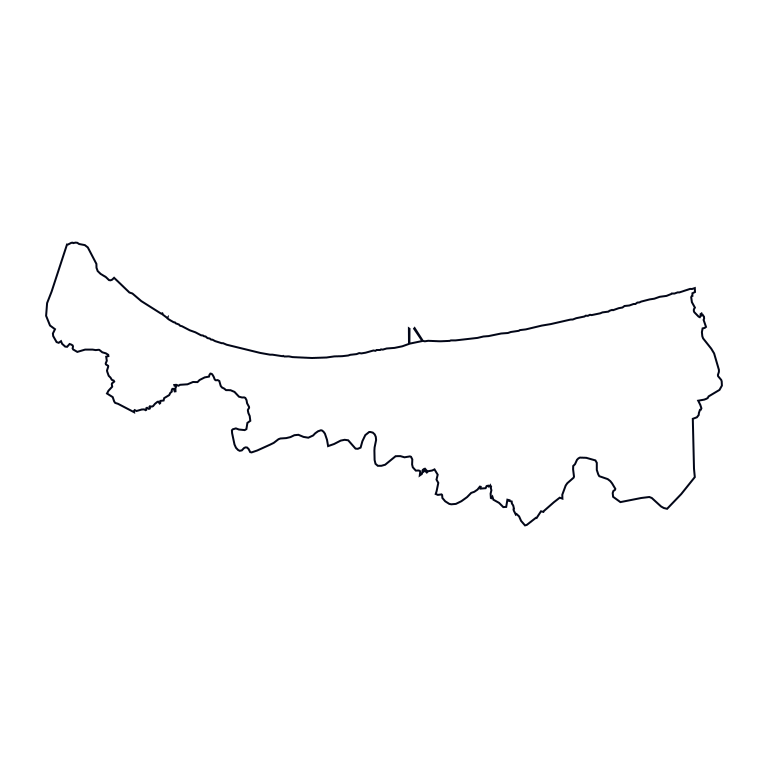 Coatzacoalcos, Veracruz, Mexico (Robinson projection)
{"feature_id": "50627088B21782109949998", "entity_name": "Coatzacoalcos", "entity_type": "district", "adm_level": 2, "iso_a3": "MEX", "parent_name": "Mexico", "parent_adm1": "Veracruz", "projection": "robinson", "projection_center": [-94.427, 18.137], "detail": "fine", "context": "isolated", "style": "outline", "palette": "ink", "viewbox_px": 768, "rotation_deg": 0, "n_neighbors": 0, "source": "geoboundaries", "source_scale": "gbopen_adm2", "svg_char_len": 6089}
<svg xmlns="http://www.w3.org/2000/svg" viewBox="0 0 768 768"><path d="M114.1,277.8L112.1,279.7L110.6,280.3L109.0,280.1L105.9,277.1L100.6,273.9L97.7,271.1L96.5,267.8L96.4,263.9L87.8,247.4L84.8,245.1L79.1,244.0L77.3,242.8L75.6,242.6L73.2,243.1L72.7,242.7L71.4,242.8L67.8,244.6L67.0,244.5L51.6,291.6L47.1,303.1L46.1,315.8L50.0,325.5L55.0,329.2L52.9,333.5L53.2,336.1L56.6,342.1L58.7,342.8L61.0,341.2L62.1,343.8L65.2,346.6L67.1,346.8L69.6,344.0L71.3,344.6L72.7,345.5L73.0,346.7L72.6,348.4L73.2,349.5L77.3,351.9L85.1,349.6L92.6,349.6L95.7,350.1L98.5,349.8L99.3,349.9L102.3,352.3L105.8,353.3L108.2,354.8L108.4,356.1L106.2,356.7L106.8,360.8L105.7,363.3L105.9,364.4L108.1,365.8L108.2,366.7L107.0,370.5L107.2,371.6L108.7,375.8L110.5,377.6L111.8,379.8L113.7,380.6L114.2,381.6L112.0,383.4L111.8,384.3L112.2,386.7L108.5,390.7L107.0,393.5L112.7,397.1L114.2,401.5L115.2,402.9L118.0,403.8L134.1,412.2L134.0,410.9L134.7,410.1L136.5,411.0L141.8,409.5L144.1,409.4L145.7,410.2L146.2,409.9L146.3,408.2L147.0,407.8L148.6,408.8L149.6,408.7L150.0,408.0L149.5,406.7L149.8,406.3L151.9,406.6L153.1,406.1L155.0,403.8L157.5,401.8L158.3,401.7L159.7,403.5L160.2,403.1L160.4,400.9L163.6,400.5L164.2,398.1L169.2,395.1L170.3,392.9L171.8,391.6L171.7,390.2L172.4,388.9L173.8,388.9L174.7,391.4L175.5,391.3L175.4,388.4L176.2,386.4L174.5,385.7L174.3,385.0L176.2,384.8L178.6,385.7L180.0,384.8L187.5,384.3L193.0,382.0L197.5,382.1L199.6,380.0L204.7,377.4L209.0,376.6L209.5,374.8L210.4,373.6L211.4,373.8L212.2,374.3L213.6,376.6L214.8,379.6L215.9,380.3L217.7,380.1L219.3,381.0L220.7,385.9L222.0,387.5L224.2,388.6L226.0,390.1L230.5,390.2L234.5,391.9L239.0,396.7L242.1,397.5L244.1,397.4L245.3,397.9L246.5,400.1L247.1,403.3L249.0,406.8L249.1,407.8L247.9,409.9L247.9,410.7L248.4,413.1L249.7,416.0L250.3,420.8L247.4,422.9L246.4,429.1L244.7,430.1L238.9,429.5L235.9,428.4L232.8,429.3L231.9,430.3L232.1,433.2L234.5,444.5L236.0,447.8L238.1,450.0L239.7,450.8L241.8,450.4L244.0,448.1L245.4,447.4L247.0,447.5L248.6,449.0L250.2,452.1L251.6,452.4L257.2,450.5L270.0,444.7L273.7,442.9L278.5,439.2L280.4,438.5L286.2,438.1L290.4,437.1L294.4,435.2L298.4,434.8L303.5,436.9L308.3,437.7L313.1,435.5L315.2,433.3L318.0,431.3L320.8,430.3L321.8,430.4L323.4,431.6L324.9,433.6L327.0,439.8L328.1,446.1L334.1,444.0L340.7,440.6L344.7,439.8L348.2,440.3L355.5,448.6L357.8,448.8L360.6,447.6L362.4,441.2L365.3,435.1L369.2,432.0L370.4,432.0L372.8,432.6L374.7,434.4L375.8,436.9L376.1,440.0L374.6,447.4L374.4,450.5L374.6,460.0L375.5,463.8L377.8,465.8L381.4,465.8L385.2,464.7L395.6,456.2L400.3,456.1L404.5,457.3L409.9,456.4L411.0,456.8L412.3,459.4L412.1,464.5L412.8,467.3L415.8,470.6L418.8,470.5L420.3,471.3L419.8,475.4L421.8,474.0L422.4,472.4L423.1,472.0L422.6,470.7L422.8,469.9L424.2,468.9L425.0,468.7L425.6,469.4L424.6,471.0L425.3,471.3L426.2,470.3L427.0,470.8L426.0,471.7L426.8,472.5L428.2,471.2L432.2,470.5L434.5,469.4L437.7,474.7L436.5,479.6L438.3,482.9L436.6,491.2L435.7,494.0L437.9,494.9L441.5,494.4L442.1,495.0L442.4,498.0L445.2,501.3L449.3,503.9L451.3,504.3L455.9,503.9L461.4,501.2L467.1,497.1L471.2,492.9L474.3,491.8L477.5,489.6L479.9,486.6L480.7,486.8L480.6,488.6L485.6,488.2L486.6,486.1L487.3,485.8L488.4,486.4L488.7,485.7L489.5,485.8L490.2,486.7L490.5,485.7L491.1,486.7L490.8,487.9L491.4,490.2L490.6,493.7L490.9,498.0L491.3,498.2L492.4,496.7L493.4,499.7L499.1,502.9L503.3,507.1L506.2,506.9L507.4,499.7L509.4,500.2L509.2,500.9L511.7,501.5L511.9,503.5L513.2,505.5L514.0,508.8L513.5,509.2L513.8,510.6L515.8,514.6L516.5,514.0L519.1,516.4L521.1,520.9L525.0,525.4L526.8,524.9L535.9,517.8L536.6,518.0L541.0,511.3L543.4,511.9L543.9,511.0L553.8,502.3L559.7,497.7L562.4,498.6L562.3,494.7L565.7,485.5L567.3,483.2L573.6,477.7L574.0,476.6L573.1,469.4L573.2,466.0L575.0,464.2L577.0,459.8L578.4,458.4L579.9,457.6L586.2,457.8L595.4,460.4L596.8,462.8L596.8,470.0L598.3,474.5L599.3,476.2L607.7,479.1L610.3,481.1L612.1,483.4L615.3,488.8L615.1,489.7L613.3,491.1L612.7,493.1L613.1,496.8L620.4,502.1L641.2,498.0L649.3,497.0L651.8,498.0L661.1,506.5L663.8,508.0L667.1,508.8L681.2,494.1L694.8,477.1L694.0,468.7L692.8,418.8L696.9,417.3L698.7,415.0L698.9,413.0L700.0,409.8L700.8,409.7L701.4,408.3L700.3,404.9L698.2,400.7L704.3,399.6L706.6,398.7L707.8,397.9L708.6,396.4L719.5,389.9L721.9,385.6L721.7,381.4L721.2,379.9L718.1,376.2L717.9,375.0L718.9,371.9L718.9,369.8L714.1,353.4L711.2,348.6L703.1,338.4L702.3,336.2L701.9,332.1L702.6,328.4L704.7,327.9L706.0,326.9L703.6,319.9L704.1,318.7L704.0,316.8L702.7,314.9L702.1,315.2L701.5,313.5L700.6,314.1L700.5,316.2L699.8,317.2L698.6,316.6L694.3,312.2L693.8,310.9L693.9,309.3L694.9,307.6L691.9,302.2L691.2,297.2L691.8,296.0L692.4,295.9L692.4,293.3L695.0,292.0L694.8,288.1L692.0,289.0L690.1,288.9L679.4,292.4L677.6,292.4L674.6,293.5L671.7,293.5L671.5,293.9L666.5,295.9L659.7,296.8L654.3,298.7L649.7,299.4L641.1,301.6L639.5,302.4L637.3,302.6L635.4,304.0L633.6,304.0L629.3,305.5L624.5,306.0L622.5,307.5L618.7,308.2L613.0,310.2L612.1,309.9L609.4,310.8L608.5,311.6L602.4,312.4L600.3,313.3L591.6,315.1L590.0,314.8L587.9,315.8L585.7,315.7L584.5,316.5L576.2,318.2L572.8,319.5L570.4,319.6L550.7,324.1L541.7,325.6L525.8,329.4L519.9,330.1L518.8,330.8L510.8,332.0L507.9,333.0L501.2,333.5L488.5,336.1L483.4,336.5L477.5,337.9L455.5,340.4L450.9,340.4L449.6,340.9L440.0,341.3L428.1,340.8L424.9,341.3L422.8,340.9L414.6,328.1L414.1,328.7L422.4,341.0L409.4,343.7L409.5,328.8L408.9,328.4L409.0,343.9L402.3,346.3L394.5,347.9L386.6,348.5L382.8,349.6L381.0,349.4L380.1,350.0L376.6,350.0L375.5,350.8L373.4,350.5L365.6,352.7L361.4,353.4L359.2,353.1L356.6,354.1L350.3,354.8L348.2,355.5L342.0,356.2L334.3,356.4L326.5,357.5L312.0,358.0L292.6,357.1L288.9,356.4L284.3,356.5L283.2,355.9L282.4,356.2L272.6,354.7L270.2,354.7L260.1,352.9L226.6,344.7L223.1,343.2L221.7,343.2L215.1,341.1L212.5,339.7L211.1,339.6L209.7,338.5L207.5,338.1L205.6,336.5L203.9,336.2L203.0,335.5L201.1,335.3L195.4,332.3L189.8,330.3L181.9,326.2L180.2,325.8L178.9,324.5L175.7,323.3L174.9,322.4L173.6,322.2L169.1,319.6L167.5,318.4L167.6,317.7L167.3,318.0L162.0,314.0L162.9,312.6L161.9,313.8L160.9,313.5L141.3,301.1L132.4,293.5L129.4,292.5L114.1,277.8Z" fill="none" stroke="#020617" stroke-width="2"/></svg>